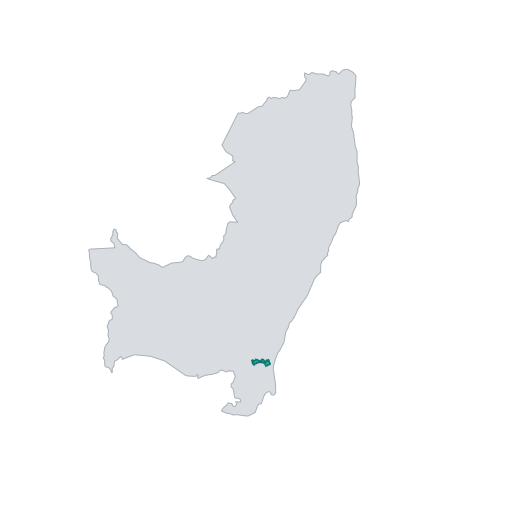 Ferreñafe, Lambayeque, Peru (highlighted), rotated 234°
{"feature_id": "86281439B15952287038744", "entity_name": "Ferreñafe", "entity_type": "district", "adm_level": 2, "iso_a3": "PER", "parent_name": "Peru", "parent_adm1": "Lambayeque", "projection": "orthographic", "projection_center": [-79.498, -6.346], "detail": "fine", "context": "in_parent", "style": "filled", "palette": "teal", "viewbox_px": 512, "rotation_deg": 234, "n_neighbors": 0, "source": "geoboundaries", "source_scale": "gbopen_adm2", "svg_char_len": 7045}
<svg xmlns="http://www.w3.org/2000/svg" viewBox="0 0 512 512"><g transform="rotate(234 256 256)"><path d="M361.0,156.2L360.9,157.5L359.2,158.1L357.7,157.1L355.5,157.4L352.2,154.2L344.2,154.6L340.7,158.1L335.4,158.8L329.6,160.4L323.0,161.0L312.7,166.6L310.3,169.0L305.6,172.3L301.8,173.4L299.8,183.8L296.1,189.9L294.5,193.2L296.5,198.3L296.4,200.8L294.3,202.8L292.6,203.0L289.1,205.1L283.8,209.6L282.8,213.2L284.4,217.9L283.9,218.4L279.5,219.3L279.6,221.9L278.7,222.9L282.3,226.7L284.3,227.6L284.4,228.5L284.1,229.5L283.2,229.9L283.2,230.7L285.8,233.5L287.6,239.1L291.4,241.9L291.4,243.7L292.5,245.5L294.4,246.9L299.0,252.5L299.0,255.1L294.1,261.0L302.0,261.1L310.7,263.2L311.9,264.2L312.9,266.9L313.0,268.7L314.7,270.1L314.4,273.4L325.9,273.6L333.3,272.9L345.5,263.1L347.4,262.3L346.4,264.5L346.2,266.1L346.8,267.8L345.3,270.2L344.5,294.4L346.8,293.1L349.5,295.5L351.5,295.6L358.1,293.0L365.7,293.6L382.1,325.5L380.5,327.6L380.5,329.3L378.3,330.6L376.0,333.1L375.4,345.6L373.5,349.3L374.4,351.3L375.2,355.3L376.7,357.8L377.0,359.3L376.8,359.9L374.3,361.2L374.1,363.4L369.5,367.8L368.6,370.8L366.9,371.8L366.5,375.2L370.1,380.8L367.5,384.0L364.9,388.8L368.4,399.2L369.9,400.7L371.6,400.6L374.1,401.6L375.4,403.1L372.1,405.0L371.6,405.8L371.6,409.2L368.1,411.6L363.1,418.0L361.9,418.3L359.4,420.2L359.0,421.1L359.3,422.0L361.2,424.0L361.3,426.3L357.8,429.2L355.4,429.4L354.5,430.2L355.3,434.1L355.2,435.9L354.4,438.0L352.6,440.2L347.5,442.5L343.0,442.8L335.6,436.8L333.3,434.4L325.9,429.3L325.0,424.0L322.5,421.4L317.9,419.4L314.3,416.7L311.5,415.4L304.8,409.4L298.5,407.4L286.9,401.0L280.6,398.9L272.5,392.9L268.1,391.3L264.6,388.5L254.0,382.6L252.3,380.8L250.7,377.9L248.3,376.2L245.7,372.2L241.7,369.9L237.9,366.8L233.3,358.5L231.0,356.6L230.9,352.8L229.4,351.1L231.7,349.9L233.3,344.1L232.5,341.1L227.1,333.3L226.1,330.0L222.1,323.9L220.6,320.3L217.4,317.6L216.1,315.3L214.3,314.4L214.2,311.6L213.0,306.3L211.2,303.6L204.8,298.6L204.2,293.2L202.8,289.4L193.8,274.1L188.6,259.4L184.2,251.3L182.4,246.5L182.3,244.0L179.0,239.7L177.2,235.7L169.8,228.0L165.5,219.5L165.0,217.0L162.0,212.3L157.3,206.2L154.9,203.8L140.7,196.3L133.9,191.7L133.1,189.3L133.5,188.0L134.9,186.7L137.0,187.7L138.2,187.2L139.2,185.6L139.2,183.0L137.9,179.8L133.4,173.5L134.6,170.6L129.9,163.3L131.0,156.2L132.0,154.4L138.9,147.2L140.8,144.1L143.8,142.2L146.8,139.3L150.5,137.1L151.5,137.8L152.6,141.7L152.5,144.2L153.5,147.1L150.9,149.7L148.2,149.1L147.1,149.8L146.7,151.0L147.2,153.0L147.9,153.8L149.9,153.8L147.2,157.6L147.4,158.4L149.3,159.0L151.2,158.1L153.1,155.9L154.3,155.6L161.3,159.3L164.5,158.9L167.0,160.6L167.3,163.3L170.8,168.5L176.0,169.8L176.9,169.4L178.0,167.4L179.2,167.1L179.4,164.2L183.9,161.1L184.6,158.9L184.0,157.4L184.1,156.2L186.7,149.3L187.6,148.6L188.3,146.4L189.4,145.0L190.9,137.3L192.2,137.3L193.4,139.1L194.7,138.7L194.0,136.9L194.2,136.3L199.2,130.1L200.8,128.8L225.0,120.3L237.0,111.6L247.7,99.4L251.0,87.1L252.2,88.0L254.2,87.7L253.5,82.7L254.0,80.3L254.0,79.6L250.7,76.6L249.3,73.3L246.4,71.5L246.5,70.7L249.6,71.5L252.4,71.2L254.7,69.2L256.5,69.4L260.4,72.2L263.4,72.5L264.3,74.5L267.1,76.0L271.2,80.3L273.0,84.9L272.9,85.8L274.7,88.3L278.6,89.5L282.5,92.9L286.5,94.1L288.3,97.2L289.4,98.2L290.0,100.0L289.3,102.0L289.9,103.1L292.9,105.0L295.4,105.1L296.0,106.0L297.4,111.2L296.5,113.7L296.8,115.2L300.2,116.5L301.1,117.6L303.8,117.9L307.6,116.8L312.2,118.4L315.8,117.9L317.5,117.5L319.2,116.4L320.6,116.5L324.3,113.3L325.3,113.0L329.2,114.5L332.5,116.8L336.5,116.4L338.2,115.1L341.1,114.4L346.4,117.2L347.6,118.5L349.1,118.8L354.7,121.6L355.7,122.8L358.7,123.9L359.3,124.8L359.1,125.8L345.6,146.6L349.7,148.4L353.6,147.4L355.6,148.8L357.0,152.3L360.0,154.6L361.0,156.2Z" fill="#d9dde1" stroke="#a8b0b8" stroke-width="1"/><path d="M168.7,200.3L168.8,200.3L168.8,200.2L168.9,199.9L168.9,199.7L168.8,199.4L168.6,199.1L168.4,199.0L168.4,198.9L168.4,198.7L168.4,198.4L168.4,198.2L168.2,198.1L168.3,198.0L168.3,197.9L168.5,197.8L168.4,197.7L168.5,197.6L168.7,197.4L168.8,197.2L168.9,196.8L169.0,196.8L169.3,196.8L169.4,196.7L169.5,196.6L169.8,196.6L170.0,196.6L170.3,196.7L170.5,196.4L170.5,196.2L170.8,196.0L170.8,195.9L171.0,195.8L171.2,196.0L171.3,196.0L171.4,195.9L171.5,195.8L171.7,195.7L171.8,195.5L171.9,195.4L171.9,195.2L172.0,195.1L172.4,195.1L172.3,194.9L172.2,194.5L172.2,194.4L172.1,194.1L172.0,193.9L171.9,193.8L171.9,193.7L172.0,193.6L172.1,193.4L172.3,193.1L172.4,192.8L172.5,192.8L172.6,192.6L172.7,192.4L172.9,192.3L173.1,192.4L173.2,192.5L173.3,192.5L173.5,192.5L173.6,192.4L173.8,192.3L173.8,192.2L173.8,191.9L173.8,191.7L173.7,191.7L173.8,191.5L173.9,191.3L173.9,191.2L173.7,191.0L173.4,191.0L173.2,191.3L173.1,191.5L172.9,191.6L172.7,191.4L172.7,191.2L172.2,191.0L172.1,190.9L172.1,190.7L171.9,190.4L171.7,190.3L171.5,190.2L171.4,190.2L171.2,190.2L171.0,190.3L171.0,190.5L171.0,190.9L171.1,191.0L171.1,191.3L170.8,191.0L170.7,190.8L170.5,190.6L170.5,190.4L170.4,190.2L170.1,190.0L169.6,190.0L169.3,190.2L169.3,190.3L169.2,190.5L168.9,190.7L169.0,190.8L169.1,191.0L169.3,191.2L169.3,191.3L169.2,191.4L169.2,191.5L169.2,191.8L169.2,192.0L169.1,192.3L169.1,192.5L169.0,192.8L168.9,193.1L168.7,193.3L168.8,193.5L169.0,193.6L169.3,193.9L169.3,194.0L169.2,194.1L168.9,194.6L168.7,194.7L168.7,194.8L168.6,195.0L168.6,195.3L168.4,195.4L168.3,195.6L168.2,195.6L168.1,195.8L167.9,196.0L167.8,196.3L167.8,196.5L167.7,196.7L167.8,196.9L167.8,197.0L167.7,197.1L167.3,197.2L167.3,197.3L167.2,197.4L167.1,197.5L166.9,197.5L166.7,197.6L166.5,197.8L166.6,198.1L166.7,198.3L166.8,198.6L166.6,198.7L166.3,198.8L166.1,198.8L165.9,198.9L165.7,198.9L165.4,199.0L165.1,199.1L165.0,199.3L164.8,199.3L164.7,199.4L164.6,199.5L164.4,199.7L164.3,199.8L164.0,199.8L163.9,199.8L163.9,199.7L163.7,199.8L163.5,199.7L163.4,199.7L163.1,199.7L162.9,199.6L162.6,199.6L162.4,199.5L162.1,199.5L161.8,199.5L161.7,199.5L161.4,199.4L161.2,199.3L161.2,199.5L161.1,199.8L161.1,200.0L161.3,200.1L161.5,200.2L161.4,200.2L161.3,200.3L161.2,200.4L160.8,200.5L160.7,200.6L160.7,200.8L160.8,200.9L160.7,201.0L160.8,201.1L161.0,201.2L160.9,201.4L160.8,201.5L160.7,201.6L160.7,201.8L160.6,202.3L160.4,202.6L160.4,202.8L160.3,203.2L160.3,203.4L160.3,203.5L160.2,203.6L160.4,203.8L160.5,204.0L160.7,203.9L160.9,204.0L161.1,204.0L161.3,204.2L161.3,204.3L161.5,204.3L162.0,204.4L162.2,204.5L162.4,204.5L162.5,204.5L162.8,204.5L162.9,204.4L163.0,204.5L163.2,204.4L163.3,204.3L163.3,204.6L163.6,204.8L163.8,205.0L164.0,205.1L164.1,204.7L164.3,204.7L164.5,204.7L164.8,204.8L164.8,204.7L164.9,204.4L164.9,204.1L164.9,203.9L165.0,203.9L165.1,203.7L165.3,203.5L165.5,203.5L165.5,203.4L165.4,203.2L165.2,203.1L165.2,202.8L165.2,202.7L164.9,202.8L164.8,202.7L164.7,202.4L164.5,202.2L164.4,202.1L164.5,202.0L164.4,202.0L164.4,201.9L164.4,201.6L164.5,201.5L164.5,201.3L164.6,201.2L164.8,201.0L164.9,200.9L165.2,200.8L165.6,200.8L165.8,200.8L166.0,200.8L166.3,200.8L166.4,201.0L166.6,201.0L166.8,201.1L167.0,201.0L167.4,201.1L167.5,201.1L167.7,200.9L167.8,200.9L168.0,200.9L168.1,200.6L168.3,200.5L168.5,200.4L168.7,200.3Z" fill="#14b8a6" stroke="#0f766e" stroke-width="1.5"/></g></svg>